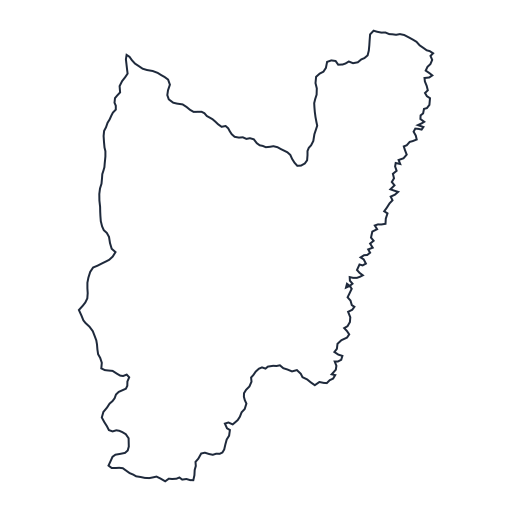 São Gotardo, Minas Gerais, Brazil (Natural Earth projection)
{"feature_id": "56859067B79744293866938", "entity_name": "São Gotardo", "entity_type": "district", "adm_level": 2, "iso_a3": "BRA", "parent_name": "Brazil", "parent_adm1": "Minas Gerais", "projection": "natural_earth1", "projection_center": [-45.982, -19.366], "detail": "fine", "context": "isolated", "style": "outline", "palette": "slate", "viewbox_px": 512, "rotation_deg": 0, "n_neighbors": 0, "source": "geoboundaries", "source_scale": "gbopen_adm2", "svg_char_len": 5075}
<svg xmlns="http://www.w3.org/2000/svg" viewBox="0 0 512 512"><path d="M108.5,465.6L111.7,468.0L115.9,468.0L119.2,467.8L122.8,468.2L125.4,470.1L129.6,473.1L133.2,474.6L136.1,476.3L140.6,477.0L144.8,477.9L149.3,478.1L152.9,477.4L156.5,476.6L160.4,478.5L165.2,481.3L168.8,478.7L172.2,479.0L176.5,478.7L179.4,477.5L182.2,479.6L186.4,479.0L190.1,480.1L193.3,480.2L194.4,475.3L194.7,469.9L195.8,466.0L195.5,461.9L198.3,458.7L201.2,453.5L204.9,452.7L209.0,454.0L212.8,454.8L216.2,453.7L219.7,453.8L222.4,452.5L224.2,449.5L225.4,444.3L226.7,439.5L229.1,435.7L229.9,430.0L227.0,428.3L224.9,423.6L228.4,422.5L232.7,424.4L235.3,422.2L237.7,420.1L239.9,416.7L241.6,412.3L244.7,409.0L246.4,403.6L244.8,400.1L243.9,396.8L244.0,393.2L246.1,389.8L249.4,386.5L251.5,381.7L251.1,377.5L253.3,375.1L255.7,371.6L258.9,368.7L262.0,367.4L265.5,368.6L267.9,366.6L273.2,365.8L276.5,366.0L279.9,365.3L283.3,368.2L287.4,369.5L292.0,371.4L296.9,370.1L300.8,373.8L302.5,377.2L307.1,379.4L310.8,382.4L314.8,385.2L319.4,382.0L323.7,382.9L326.8,383.1L329.7,380.2L333.1,378.6L335.2,375.1L331.7,374.3L335.8,369.7L336.4,365.8L334.7,361.5L337.9,361.5L341.2,359.8L342.4,355.9L338.3,354.6L334.4,352.0L336.9,348.8L337.5,343.8L341.4,340.2L347.0,337.6L349.2,334.4L347.0,331.1L344.2,328.1L347.5,326.2L349.9,322.1L350.3,317.3L348.1,311.8L352.2,309.8L354.4,306.8L351.8,305.1L350.5,300.6L347.6,297.3L349.5,293.4L351.7,288.8L349.7,285.9L352.5,283.7L349.9,280.7L349.7,277.1L353.3,277.9L356.8,277.9L359.9,276.8L362.8,275.3L359.6,272.9L357.0,270.0L359.5,264.5L362.6,265.4L365.9,263.6L363.7,259.4L360.6,257.4L364.1,255.2L367.2,255.0L370.1,252.7L368.2,249.4L372.7,247.7L370.1,243.6L373.6,240.8L371.0,237.6L372.3,231.6L377.1,229.2L374.8,225.5L377.9,224.4L381.2,224.5L385.5,223.8L385.8,218.6L387.5,213.4L384.2,211.3L386.8,207.7L389.6,203.3L392.5,200.3L390.7,196.6L394.9,194.7L398.1,191.9L394.1,190.6L390.4,189.3L394.5,185.3L391.8,182.0L394.0,178.3L392.9,173.8L396.6,170.8L395.1,166.4L395.7,163.0L400.2,164.0L398.6,160.0L403.5,158.3L406.7,154.6L404.8,149.7L403.8,146.4L406.7,145.3L409.7,141.9L412.7,141.1L416.7,139.5L415.8,135.6L413.6,131.7L415.3,128.6L418.5,128.9L421.6,129.6L423.4,127.0L417.9,125.1L421.6,123.4L424.2,121.8L420.4,119.0L420.6,115.4L423.1,113.4L424.0,108.9L426.9,108.1L429.4,104.9L430.0,98.2L426.9,96.2L425.0,93.0L427.8,90.3L426.7,85.9L424.9,81.5L424.5,78.0L429.2,77.5L432.3,75.4L429.4,73.1L425.7,70.6L427.5,66.8L430.4,64.1L432.2,59.9L430.5,55.9L433.1,53.3L429.7,51.1L426.7,50.3L423.8,48.2L419.6,45.3L416.5,41.8L413.0,39.7L409.2,37.6L404.2,35.0L399.9,34.1L396.1,34.8L392.5,34.3L389.2,34.1L385.4,32.5L381.3,32.6L376.9,31.7L373.6,30.7L370.1,34.4L369.6,40.8L369.3,45.5L368.8,50.6L367.6,55.4L364.4,58.1L361.3,59.4L357.8,62.3L353.0,63.2L348.8,61.5L345.5,63.5L342.6,64.5L338.2,64.7L335.6,61.0L331.3,60.4L327.1,61.9L325.9,67.9L323.4,71.7L319.7,73.6L316.1,76.8L315.5,83.1L316.8,88.4L316.6,94.7L315.2,99.0L314.2,103.1L314.4,107.0L314.8,111.9L315.5,117.1L316.4,121.9L317.2,125.7L316.1,129.1L314.4,134.2L313.3,141.0L311.1,145.3L308.8,147.8L307.5,151.0L307.5,155.2L307.1,160.3L304.8,163.5L301.0,165.6L297.3,165.8L294.5,162.7L292.1,158.9L290.3,154.9L287.4,152.3L284.2,150.7L280.9,149.1L277.5,147.2L273.4,146.2L269.9,146.8L265.8,147.2L262.7,145.9L259.7,145.3L256.8,143.2L253.8,139.3L249.9,138.2L246.4,138.9L242.8,137.3L238.9,137.6L234.6,136.8L231.7,134.2L229.8,131.3L228.2,128.3L225.6,126.0L221.6,126.8L218.0,124.2L215.3,121.6L212.5,119.2L209.5,117.5L206.8,116.0L204.4,113.2L201.6,111.8L198.3,111.8L193.6,111.9L190.0,109.8L186.6,107.0L182.6,104.4L177.0,103.6L173.2,102.7L168.8,99.4L167.3,95.1L168.0,90.3L169.9,84.7L168.1,79.6L164.6,77.0L161.2,75.1L157.7,72.9L152.7,71.0L146.9,70.0L142.6,68.7L138.8,66.1L135.0,63.6L131.9,60.2L129.5,56.8L126.6,54.9L125.9,59.3L126.5,64.5L127.1,69.7L127.6,73.6L125.1,77.3L122.1,81.1L119.6,86.1L120.1,92.4L117.2,95.5L115.0,98.1L114.5,102.7L115.8,105.7L115.8,109.6L112.9,112.6L111.4,115.5L109.6,119.5L107.6,122.7L106.0,127.3L104.1,130.9L103.6,136.0L104.0,142.1L104.5,147.5L105.4,151.2L105.4,156.5L104.7,163.5L104.4,167.2L103.5,170.4L102.3,174.1L102.0,178.4L101.5,183.7L100.0,188.5L99.3,194.0L99.4,200.5L100.1,206.9L100.2,211.5L100.4,215.9L100.8,221.2L102.1,226.4L103.8,230.2L106.8,232.9L109.0,236.9L110.0,243.1L111.7,248.8L115.5,252.1L112.7,256.6L109.2,259.8L106.3,261.3L102.0,263.4L97.5,265.7L93.1,267.5L90.2,271.9L88.4,277.6L87.4,282.7L87.4,288.3L87.7,293.2L87.3,298.4L85.3,302.5L82.8,305.7L78.9,310.0L81.5,315.7L83.4,320.4L85.5,323.0L89.5,326.7L92.8,331.2L94.7,336.1L96.3,340.4L97.0,344.5L97.4,349.4L98.1,354.2L100.2,357.9L101.8,362.8L101.3,368.4L104.8,370.1L108.3,370.5L112.6,370.9L117.1,373.8L120.2,375.6L123.1,376.0L126.7,374.6L129.2,377.3L127.4,381.5L127.3,385.8L125.9,388.7L122.3,390.3L118.7,391.9L116.0,394.5L114.6,398.3L112.5,401.1L109.6,403.6L107.0,407.6L103.4,411.9L101.8,417.5L104.3,422.1L106.9,426.2L108.9,430.1L112.6,431.4L116.3,430.3L119.3,430.8L122.3,432.1L125.8,434.2L128.6,438.3L128.8,446.6L127.7,450.5L125.0,452.9L120.1,453.9L115.4,454.7L112.5,456.8L111.0,460.2L108.5,465.6ZM349.7,285.9L346.0,287.6L347.0,283.8L349.7,285.9Z" fill="none" stroke="#1e293b" stroke-width="2"/></svg>